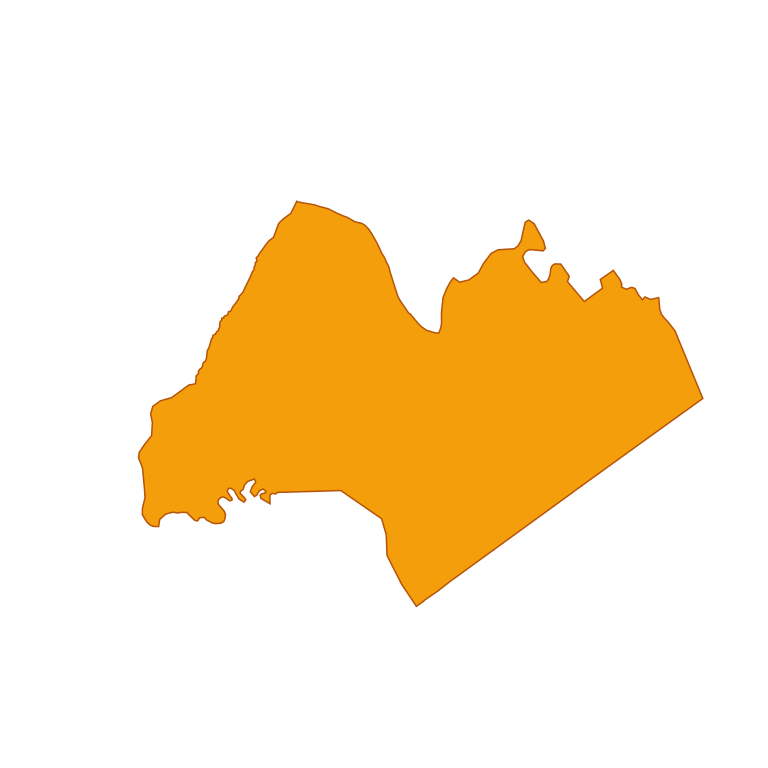 Foni Bintang Karanai, West Coast, Gambia (Natural Earth projection), rotated 324°
{"feature_id": "56634734B67575656085362", "entity_name": "Foni Bintang Karanai", "entity_type": "district", "adm_level": 2, "iso_a3": "GMB", "parent_name": "Gambia", "parent_adm1": "West Coast", "projection": "natural_earth1", "projection_center": [-16.253, 13.246], "detail": "fine", "context": "isolated", "style": "filled", "palette": "amber", "viewbox_px": 768, "rotation_deg": 324, "n_neighbors": 0, "source": "geoboundaries", "source_scale": "gbopen_adm2", "svg_char_len": 3543}
<svg xmlns="http://www.w3.org/2000/svg" viewBox="0 0 768 768"><g transform="rotate(324 384 384)"><path d="M502.6,338.9L497.2,340.6L490.5,343.8L482.6,348.8L475.1,357.1L471.9,360.7L466.4,368.5L463.2,371.7L458.5,374.9L455.7,373.1L453.3,369.9L452.5,368.8L450.1,365.8L447.7,359.0L446.9,350.9L446.4,342.7L445.6,341.3L446.0,330.4L446.0,326.8L446.4,323.6L446.7,321.3L448.6,315.5L455.0,296.3L456.5,293.1L458.9,280.3L458.9,277.6L460.8,268.1L462.0,259.4L462.3,255.3L462.7,250.3L461.9,244.4L460.3,240.8L455.9,235.8L452.3,227.7L449.5,223.6L446.3,218.1L441.9,209.5L438.3,205.0L436.3,202.8L434.3,199.9L432.7,197.8L424.3,189.2L421.1,185.6L420.9,184.9L408.9,191.2L400.2,191.2L396.2,191.7L393.4,192.1L380.8,200.4L375.0,200.5L370.7,201.7L365.6,203.4L363.5,204.2L361.3,204.7L357.7,206.3L354.8,206.8L353.4,210.1L351.2,210.1L350.2,211.8L347.3,213.4L346.2,215.1L343.3,215.9L339.4,218.4L331.5,222.6L326.8,225.1L323.9,226.8L319.4,227.8L318.3,227.8L316.9,229.5L312.2,231.2L307.5,232.5L302.5,235.0L300.7,234.1L299.2,235.4L297.1,236.2L295.6,235.4L294.2,235.4L293.1,236.3L292.4,235.8L291.3,235.4L290.6,236.7L289.5,237.1L288.4,237.1L287.7,237.5L284.1,241.7L282.7,242.1L281.6,243.3L279.1,243.4L276.9,244.6L275.8,244.2L274.0,244.2L272.6,245.9L271.1,245.9L268.6,248.0L264.3,251.3L261.1,253.0L260.4,253.4L256.4,257.9L255.0,259.2L253.2,260.4L250.3,260.5L247.4,263.0L245.6,263.8L243.4,263.8L241.3,264.6L239.9,266.7L237.7,266.7L236.6,267.2L235.5,268.8L231.6,273.0L225.4,270.1L220.0,270.1L211.0,270.2L204.2,270.2L193.3,266.2L183.9,266.2L177.8,270.8L173.9,279.1L165.7,289.1L154.1,292.4L145.8,295.4L142.1,299.3L139.2,310.1L128.9,327.5L123.9,335.4L123.0,336.2L115.2,342.9L111.7,347.8L111.3,351.6L111.0,356.5L111.7,360.2L113.2,363.1L116.1,365.6L117.9,366.8L122.9,361.8L130.5,360.9L134.4,362.2L138.1,363.8L141.3,367.1L145.3,369.1L146.1,369.8L148.9,372.0L150.0,379.0L150.8,383.1L152.6,385.2L156.5,383.9L160.2,386.4L160.5,389.7L163.4,395.4L165.6,397.9L170.3,400.8L173.6,401.1L176.1,399.5L179.3,396.2L180.0,392.8L179.3,383.8L180.7,381.3L183.2,380.0L185.7,380.0L187.5,380.8L189.0,383.3L190.5,387.8L192.6,388.6L193.7,387.4L193.7,382.8L194.0,378.7L196.9,377.0L199.1,378.7L200.2,382.0L199.8,384.9L199.1,391.9L201.3,397.3L204.2,396.4L204.2,393.9L203.4,387.7L204.9,386.5L208.1,386.5L212.1,383.6L216.4,382.7L223.3,384.7L222.6,388.0L216.8,389.7L212.5,392.6L212.9,397.6L212.9,398.8L215.4,399.2L220.4,397.1L224.4,397.9L225.1,400.0L225.1,402.1L223.3,402.1L220.4,400.9L218.3,401.3L217.2,404.2L221.4,413.9L226.4,406.8L229.3,406.8L231.8,409.3L234.4,409.2L242.7,415.0L244.4,416.1L269.5,433.3L282.8,442.3L286.5,444.9L289.8,454.4L302.9,491.6L297.2,507.3L285.7,524.4L284.3,532.7L280.6,556.3L279.5,582.9L288.7,583.0L290.0,582.7L305.5,583.1L321.3,582.6L347.0,582.6L378.4,582.6L473.2,582.6L475.4,582.5L501.5,582.6L534.7,582.7L568.5,582.8L595.9,582.9L633.4,583.1L646.0,531.2L647.2,526.2L650.7,511.9L650.3,502.0L650.0,498.8L649.5,494.6L649.5,490.5L650.9,485.9L657.0,475.6L649.4,472.3L646.2,466.9L642.6,467.8L642.2,462.0L643.2,454.2L641.1,451.3L635.6,449.7L633.1,445.1L635.3,442.6L636.3,437.3L636.3,426.9L620.4,426.6L617.2,434.9L594.5,435.0L592.6,409.0L597.2,405.7L597.5,390.8L592.5,387.1L589.6,387.1L587.1,388.4L582.4,393.3L578.8,395.8L575.6,396.7L570.9,394.2L569.7,380.6L569.3,367.8L571.1,362.4L575.8,360.3L579.0,360.3L581.6,361.5L591.0,369.8L594.2,369.3L597.1,361.9L599.7,342.7L597.5,336.5L593.5,336.1L587.1,341.5L579.2,348.6L573.4,351.1L568.7,351.1L555.3,342.5L547.4,341.3L536.0,344.8L535.1,345.1L525.4,349.7L513.9,349.7L505.0,346.1L502.6,338.9Z" fill="#f59e0b" stroke="#b45309" stroke-width="1.5"/></g></svg>